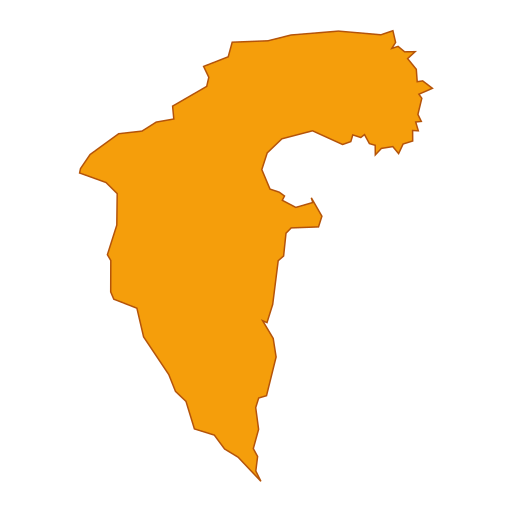 the district of Sopishte, Sopište, North Macedonia
{"feature_id": "65306769B38681121769962", "entity_name": "Sopishte", "entity_type": "district", "adm_level": 2, "iso_a3": "MKD", "parent_name": "North Macedonia", "parent_adm1": "Sopište", "projection": "mercator", "projection_center": [21.357, 41.849], "detail": "fine", "context": "isolated", "style": "filled", "palette": "amber", "viewbox_px": 512, "rotation_deg": 0, "n_neighbors": 0, "source": "geoboundaries", "source_scale": "gbopen_adm2", "svg_char_len": 1247}
<svg xmlns="http://www.w3.org/2000/svg" viewBox="0 0 512 512"><path d="M260.9,481.3L255.8,471.0L257.6,456.5L253.3,448.6L258.6,429.3L255.7,407.6L258.7,398.0L266.5,395.7L276.1,357.0L273.2,338.4L262.6,320.7L267.0,322.6L272.7,304.4L278.2,260.7L283.6,256.0L286.0,233.2L291.2,227.9L318.5,226.9L321.9,216.2L311.3,197.8L312.8,202.5L295.8,207.4L282.3,200.3L284.5,196.0L279.3,192.2L270.0,189.1L261.8,169.6L267.2,152.9L281.9,138.8L312.5,130.8L342.6,144.5L350.8,141.6L352.8,134.9L360.8,137.5L364.5,134.6L369.4,143.6L375.2,145.3L375.3,154.9L381.4,148.4L392.8,146.6L398.6,153.6L403.1,144.0L412.7,141.0L412.6,130.5L418.3,130.8L415.7,122.0L421.3,121.4L417.9,114.4L421.8,98.3L418.9,94.2L432.4,88.3L422.7,80.9L417.2,81.7L416.3,69.3L407.6,58.6L415.1,51.7L404.6,51.8L398.1,46.4L391.8,48.4L395.6,42.4L392.9,30.7L380.8,34.8L338.4,31.1L291.0,35.0L267.9,40.8L232.2,42.2L228.2,56.8L203.6,66.4L208.8,77.3L206.7,86.4L172.6,106.1L173.8,119.0L156.2,122.1L142.0,131.1L118.7,133.7L90.1,154.5L80.5,168.6L79.6,173.0L106.0,182.5L117.2,193.6L116.8,225.1L107.4,254.7L110.8,260.5L110.7,291.9L113.8,299.2L136.9,308.2L143.6,336.9L168.8,374.6L175.5,391.4L186.0,401.4L194.4,428.9L214.3,435.1L224.6,449.0L238.1,457.2L260.9,481.3Z" fill="#f59e0b" stroke="#b45309" stroke-width="1.5"/></svg>